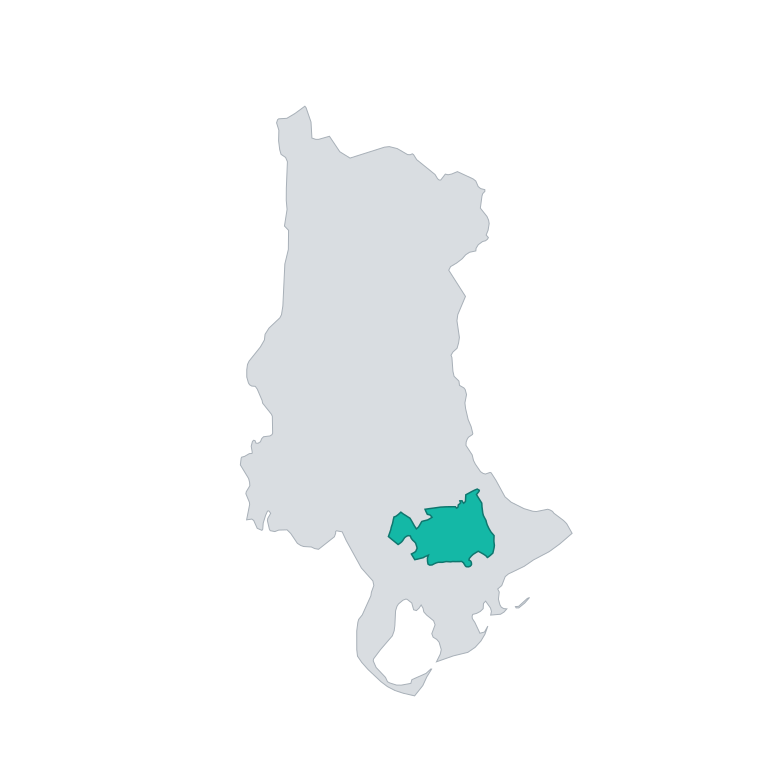 Bereket, Balkan, Turkmenistan (highlighted), rotated 238°
{"feature_id": "10190150B43473123823457", "entity_name": "Bereket", "entity_type": "district", "adm_level": 2, "iso_a3": "TKM", "parent_name": "Turkmenistan", "parent_adm1": "Balkan", "projection": "natural_earth1", "projection_center": [55.542, 39.495], "detail": "fine", "context": "in_parent", "style": "filled", "palette": "teal", "viewbox_px": 768, "rotation_deg": 238, "n_neighbors": 0, "source": "geoboundaries", "source_scale": "gbopen_adm2", "svg_char_len": 6234}
<svg xmlns="http://www.w3.org/2000/svg" viewBox="0 0 768 768"><g transform="rotate(238 384 384)"><path d="M239.9,267.3L271.2,269.0L280.8,270.2L284.7,265.9L284.5,264.8L283.0,263.9L280.7,260.9L278.5,240.9L281.2,238.0L284.3,236.0L288.8,229.7L291.2,227.8L294.8,226.1L306.7,225.7L311.7,224.5L315.9,217.3L316.7,213.2L319.9,209.8L321.7,209.9L329.9,212.7L331.6,214.2L334.4,219.4L337.4,219.1L337.9,218.2L337.5,217.1L335.2,213.8L330.1,207.9L325.1,204.2L324.6,202.9L328.8,200.0L337.3,201.2L339.5,200.3L341.6,195.5L353.0,206.2L355.1,207.2L364.1,208.7L365.6,210.1L368.8,216.3L371.8,217.9L375.6,219.1L391.5,219.3L396.6,223.4L397.4,224.4L396.5,227.4L396.3,232.9L395.1,235.2L395.9,236.1L401.6,238.4L405.0,242.0L405.4,243.6L404.4,244.6L401.7,244.1L400.5,245.7L400.5,248.6L402.5,251.4L403.1,253.9L400.4,259.7L400.4,262.1L401.3,263.5L415.8,272.2L418.1,272.5L432.0,270.9L434.6,271.9L446.8,273.8L450.2,273.6L452.4,270.7L454.6,269.6L456.7,269.6L462.6,271.3L468.7,275.1L472.9,278.6L474.9,281.7L480.9,298.8L484.7,305.9L489.2,309.5L492.4,316.2L495.3,330.8L497.1,333.8L503.8,339.6L538.3,363.5L548.8,374.2L564.9,384.5L570.7,383.3L583.4,394.3L591.5,398.4L601.9,405.0L623.7,419.9L628.3,420.6L633.3,418.4L637.9,419.7L646.1,423.5L654.9,429.3L662.4,431.3L664.5,433.8L664.7,435.2L660.8,442.4L660.6,451.7L661.5,464.1L659.5,464.3L644.8,460.9L630.8,453.2L627.7,455.7L626.1,458.2L623.0,469.0L604.4,469.6L593.6,474.9L584.6,509.9L582.5,514.3L576.6,520.0L566.0,525.6L564.5,527.8L564.2,530.0L562.9,530.6L556.9,530.6L534.6,538.3L529.7,538.2L527.7,538.9L526.9,540.2L529.5,547.2L527.5,549.2L526.2,552.7L525.2,558.8L510.6,568.3L507.5,569.4L501.5,568.5L498.5,569.5L495.4,572.5L493.9,571.6L493.1,568.5L491.4,566.6L482.1,558.9L471.4,560.1L467.5,559.5L464.3,558.2L459.3,553.8L456.2,549.6L452.8,550.1L451.9,548.2L451.7,545.9L452.6,543.1L452.2,537.8L450.3,534.0L448.2,532.4L450.4,526.3L450.3,521.7L448.8,516.8L448.1,509.7L448.3,502.7L446.2,499.2L415.1,499.5L403.7,483.3L399.0,479.4L383.5,472.6L379.2,468.9L375.6,464.9L374.6,459.4L372.9,456.1L370.4,455.6L358.3,449.2L353.4,447.5L346.8,449.1L342.8,447.3L338.3,449.7L336.3,449.9L331.3,448.4L325.1,442.6L320.0,440.2L309.2,436.5L301.7,435.3L295.0,433.1L294.3,432.3L294.1,427.4L293.1,425.3L291.2,422.9L288.5,421.0L277.1,421.2L271.8,419.4L267.7,419.0L258.5,419.4L255.6,420.7L253.9,422.3L252.8,427.1L251.9,427.8L243.0,427.9L224.2,426.8L216.4,429.2L204.2,436.6L197.2,442.8L195.1,445.6L191.0,456.5L189.1,458.1L186.7,459.4L184.3,459.6L173.2,463.9L168.8,464.9L157.7,464.4L155.2,448.2L154.3,435.4L155.6,417.6L155.1,406.2L157.0,388.9L156.4,384.7L150.7,377.1L149.9,371.8L146.5,371.5L140.9,367.0L135.4,365.3L132.6,365.2L130.1,366.5L128.2,369.0L127.0,365.0L127.0,360.8L131.5,352.0L134.2,354.6L137.6,355.6L146.0,355.1L145.2,352.1L140.9,349.0L140.1,345.1L140.4,341.0L141.6,337.1L140.3,335.6L138.3,334.6L133.7,334.7L121.8,333.3L120.4,337.8L123.7,343.8L118.3,337.0L114.7,330.0L112.4,321.8L112.0,312.9L116.7,298.7L120.6,281.3L125.1,288.6L128.4,291.8L135.8,293.9L139.4,293.4L143.2,291.5L146.9,292.2L152.7,299.7L156.9,300.6L165.5,297.7L169.6,297.0L173.2,298.3L176.9,298.4L175.3,294.8L174.7,291.4L176.8,289.5L183.6,291.5L189.1,289.5L190.0,288.6L190.6,285.6L189.8,279.7L188.6,277.2L185.5,273.6L173.4,265.2L169.4,261.9L166.0,257.6L160.6,240.3L156.4,229.4L154.8,228.1L147.8,227.1L134.4,229.8L129.7,229.2L127.5,230.4L122.1,235.0L119.5,239.0L115.9,248.1L118.5,251.0L116.3,266.3L117.5,272.8L117.0,273.3L113.0,265.2L107.7,257.1L103.3,244.7L111.4,236.6L118.2,230.9L125.5,226.6L133.1,223.7L150.2,219.2L159.6,217.6L167.2,217.3L173.1,220.1L189.0,230.0L195.8,235.6L197.8,237.8L199.7,243.2L211.3,260.6L214.1,263.0L218.5,268.6L222.9,270.2L239.9,267.3ZM126.2,391.9L125.8,394.3L123.7,387.3L122.7,379.6L124.1,377.4L125.6,377.5L124.1,380.3L126.2,391.9Z" fill="#d9dde1" stroke="#a8b0b8" stroke-width="1"/><path d="M182.1,379.7L182.0,379.8L182.1,381.2L182.3,383.3L182.9,386.7L184.7,388.5L186.7,390.5L188.8,392.2L190.0,392.7L192.5,393.9L194.6,395.3L197.1,397.0L199.2,396.7L201.8,396.3L205.8,396.4L210.0,396.9L212.2,397.5L214.3,398.2L217.5,398.4L219.8,398.6L222.3,399.4L228.3,402.2L228.4,402.3L231.2,403.8L231.5,403.8L237.5,403.8L241.2,403.8L241.8,405.5L242.6,407.7L243.4,408.5L245.5,407.4L246.0,404.5L246.3,401.4L246.5,397.7L246.7,394.7L244.5,393.1L242.6,391.8L241.2,390.8L240.7,388.4L242.1,388.2L243.6,388.3L243.9,387.8L244.7,386.4L242.6,385.9L242.3,384.8L242.1,382.9L240.6,381.8L240.2,380.7L240.4,379.7L242.1,379.5L244.5,375.6L246.7,372.0L249.6,366.8L252.4,360.5L254.2,356.6L256.0,352.4L253.6,352.0L250.5,351.7L249.4,352.8L248.4,353.7L247.3,353.9L245.5,354.1L245.5,351.1L245.6,348.9L246.8,345.3L247.4,343.2L246.8,342.0L245.5,339.6L244.5,337.6L244.2,336.4L244.0,334.7L247.7,334.6L251.4,334.8L254.2,334.9L256.5,334.9L258.3,334.0L261.5,332.5L263.5,331.5L266.4,330.4L265.8,327.2L265.5,324.2L265.9,321.9L265.7,321.8L264.8,320.8L263.5,319.5L263.1,319.2L261.8,317.9L260.8,316.9L259.4,315.1L258.3,313.9L256.8,312.5L252.3,306.9L248.6,308.1L240.4,310.9L240.4,311.9L240.5,312.9L240.5,313.5L240.6,314.3L240.7,314.8L240.8,315.2L240.8,315.4L240.9,315.8L241.1,316.2L241.2,316.7L241.6,317.6L242.0,318.4L242.3,319.1L242.8,320.2L242.8,320.4L242.9,321.7L242.9,322.5L242.7,324.0L241.2,325.8L238.6,325.3L238.2,325.4L237.1,325.5L236.2,325.6L234.2,326.2L232.4,326.5L229.5,325.8L227.2,325.1L226.3,323.7L226.2,323.7L225.3,322.3L225.1,320.9L225.1,320.0L225.2,318.7L225.3,317.9L225.3,317.1L218.7,317.0L218.1,318.7L217.8,319.4L217.0,322.0L216.2,324.4L215.9,325.3L215.9,326.1L215.9,327.2L215.6,328.8L215.3,331.0L214.4,329.9L213.8,329.1L213.1,328.4L211.8,327.7L210.9,327.1L209.5,326.5L207.9,325.9L206.7,326.5L206.2,326.8L205.5,328.1L205.1,328.8L204.9,331.6L204.5,334.0L203.9,335.8L203.0,337.2L201.9,338.9L201.6,339.6L200.5,342.6L198.2,345.8L197.9,346.2L196.9,348.5L196.7,348.7L195.3,350.8L194.0,353.0L193.3,354.1L193.0,354.7L192.5,355.7L192.0,356.0L190.9,356.4L190.2,356.7L189.7,356.6L189.0,356.6L187.6,356.6L186.6,356.6L185.6,356.9L185.1,357.4L184.7,358.0L184.2,358.7L184.2,359.0L183.9,359.7L183.9,359.9L183.8,360.4L183.9,360.9L184.0,361.3L184.2,362.0L184.6,362.6L185.5,363.1L186.1,363.4L186.9,363.6L187.6,363.7L188.6,363.4L189.7,362.7L190.9,364.0L191.8,366.8L192.3,369.4L192.3,373.4L192.2,375.3L189.6,376.8L187.0,378.2L184.3,379.4L182.1,379.7Z" fill="#14b8a6" stroke="#0f766e" stroke-width="1.5"/></g></svg>